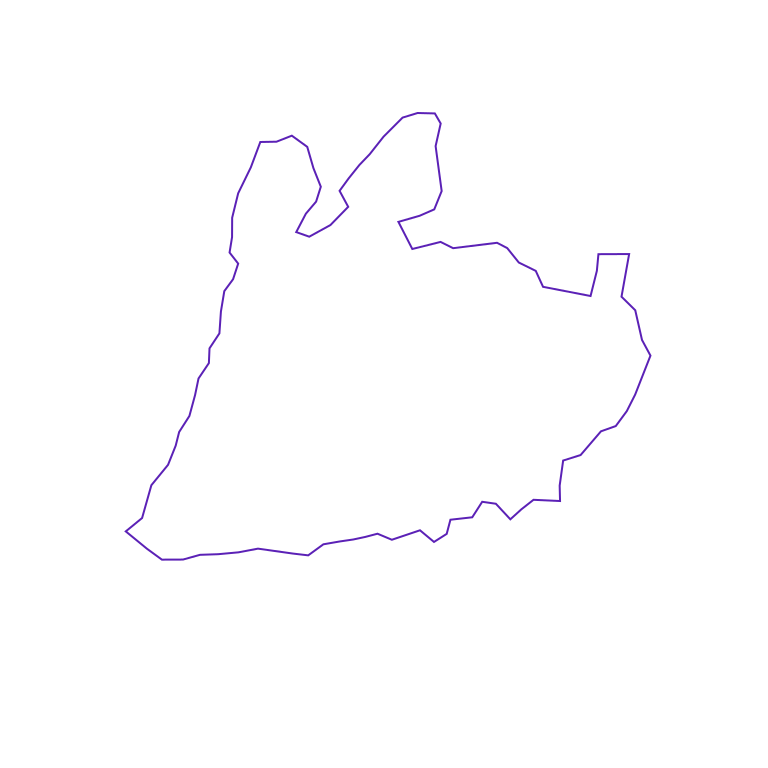 the district of São Pedro das Missões, Rio Grande do Sul, Brazil, rotated 29°
{"feature_id": "56859067B26202031043792", "entity_name": "São Pedro das Missões", "entity_type": "district", "adm_level": 2, "iso_a3": "BRA", "parent_name": "Brazil", "parent_adm1": "Rio Grande do Sul", "projection": "natural_earth1", "projection_center": [-53.242, -27.782], "detail": "fine", "context": "isolated", "style": "outline", "palette": "violet", "viewbox_px": 768, "rotation_deg": 29, "n_neighbors": 0, "source": "geoboundaries", "source_scale": "gbopen_adm2", "svg_char_len": 1329}
<svg xmlns="http://www.w3.org/2000/svg" viewBox="0 0 768 768"><g transform="rotate(29 384 384)"><path d="M162.5,259.1L164.0,287.9L170.6,312.2L179.9,329.2L185.2,343.9L198.1,349.4L201.2,365.5L199.3,380.2L206.2,399.6L215.5,419.5L214.1,437.4L220.7,450.6L219.1,469.1L224.1,485.2L229.3,506.3L228.1,525.3L231.7,538.9L234.3,559.4L229.6,585.3L237.4,618.5L229.6,638.1L256.5,643.0L274.9,645.3L293.3,635.0L305.9,622.6L321.4,613.3L338.3,601.8L353.6,589.1L386.7,576.4L400.8,570.6L408.7,553.6L421.6,543.2L432.5,534.9L441.8,526.8L450.9,518.1L466.4,516.4L486.4,494.5L504.3,497.9L511.5,484.7L507.9,470.5L525.8,457.8L527.0,439.4L539.9,434.5L560.1,441.1L564.9,427.0L570.9,412.8L594.7,401.0L586.9,387.7L577.8,364.1L590.4,350.8L596.7,320.2L607.1,308.4L609.5,290.0L608.8,271.5L603.3,230.0L588.3,220.4L568.0,197.7L549.4,192.5L535.4,151.5L508.6,166.5L515.3,181.8L522.0,206.9L476.0,221.9L461.9,211.5L443.0,212.4L425.9,205.4L414.4,205.7L378.6,231.7L364.6,232.3L343.3,252.2L318.0,235.2L333.6,219.6L343.3,206.9L340.9,187.3L313.8,150.9L307.3,128.7L297.3,122.7L282.0,130.7L271.1,142.0L263.7,167.9L260.1,189.9L256.3,204.3L253.4,221.3L251.5,236.6L266.8,246.4L260.1,270.9L247.2,291.4L233.6,293.7L233.1,272.9L236.2,257.4L233.1,242.1L217.6,229.4L201.9,213.8L183.0,211.5L172.5,224.2L158.5,232.3L162.5,259.1Z" fill="none" stroke="#5b21b6" stroke-width="2"/></g></svg>